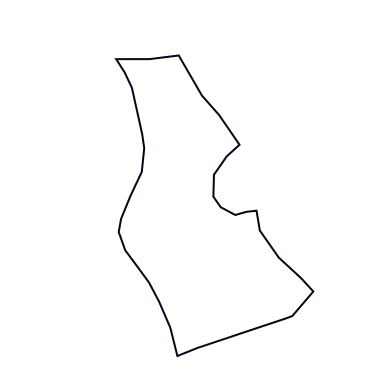 Guéra, Guéra, Chad, rotated 161°
{"feature_id": "50815135B83117027765697", "entity_name": "Guéra", "entity_type": "district", "adm_level": 2, "iso_a3": "TCD", "parent_name": "Chad", "parent_adm1": "Guéra", "projection": "robinson", "projection_center": [18.747, 12.012], "detail": "fine", "context": "isolated", "style": "outline", "palette": "ink", "viewbox_px": 384, "rotation_deg": 161, "n_neighbors": 0, "source": "geoboundaries", "source_scale": "gbopen_adm2", "svg_char_len": 612}
<svg xmlns="http://www.w3.org/2000/svg" viewBox="0 0 384 384"><g transform="rotate(161 192 192)"><path d="M109.7,58.4L109.7,58.5L117.0,75.2L131.3,101.7L140.4,133.4L137.1,153.3L146.8,155.5L158.6,156.2L169.8,168.3L173.3,180.6L165.6,201.2L147.5,214.4L131.7,221.2L137.9,243.7L141.3,255.9L151.2,279.9L160.1,325.4L189.0,331.5L220.4,342.3L216.7,326.7L215.8,318.4L214.9,310.1L220.3,262.7L222.9,249.0L232.9,227.4L251.1,208.7L267.8,189.7L274.3,178.0L274.1,158.6L267.5,137.8L262.1,120.4L258.8,99.0L256.7,70.8L259.2,41.7L237.4,42.8L142.9,41.9L137.5,42.1L109.7,58.4Z" fill="none" stroke="#020617" stroke-width="2"/></g></svg>